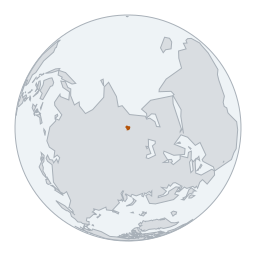 Zabul highlighted on a globe, orthographic projection, rotated 181°
{"feature_id": "AFG-1755", "entity_name": "Zabul", "entity_type": "Province", "adm_level": 1, "iso_a3": "AFG", "parent_name": "Afghanistan", "parent_adm1": "", "projection": "orthographic", "projection_center": [67.11, 32.305], "detail": "fine", "context": "on_globe", "style": "filled", "palette": "amber", "viewbox_px": 256, "rotation_deg": 181, "n_neighbors": 0, "source": "natural_earth", "source_scale": "10m", "svg_char_len": 11066}
<svg xmlns="http://www.w3.org/2000/svg" viewBox="0 0 256 256"><g transform="rotate(181 128 128)"><circle cx="128" cy="128" r="113" fill="#eef3f6" stroke="#a8b0b8"/><path d="M148.6,17.3L149.5,17.5L158.8,20.6L164.2,22.2L161.1,21.6L173.0,25.5L179.6,29.0L170.6,24.7L168.5,24.2L172.3,26.2L170.9,26.1L172.0,27.1L170.0,26.9L164.9,24.8L163.6,24.7L166.3,26.1L166.1,27.1L162.3,24.9L161.6,26.4L152.9,23.9L144.2,19.3L137.9,18.9L125.0,17.0L124.6,17.5L119.5,17.5L117.2,18.2L115.5,17.9L115.1,18.7L117.2,18.8L117.7,19.3L116.5,19.8L114.1,19.4L114.3,19.1L113.0,19.3L112.3,19.0L112.0,19.4L109.2,19.2L110.2,20.2L106.5,20.7L105.1,20.3L107.6,19.3L110.5,17.1L109.8,16.9L106.5,17.5L95.2,20.3L93.9,20.6L101.5,18.5L109.2,16.9L117.1,15.9L125.0,15.4L132.9,15.5L140.7,16.1L148.6,17.3ZM89.4,22.2L92.5,21.2L91.2,21.8L95.1,20.8L95.1,21.1L98.1,20.7L95.2,22.0L90.6,23.5L87.9,24.0L85.9,24.7L86.4,25.5L79.4,27.8L71.4,32.2L69.9,32.8L70.6,31.6L75.7,28.3L76.1,28.0L89.4,22.2ZM74.9,28.7L73.5,29.5L69.9,31.5L74.9,28.7ZM68.7,32.2L68.0,32.7L66.7,33.5L67.2,33.3L65.3,34.5L66.3,33.8L68.7,32.2ZM168.4,23.6L166.2,22.6L168.8,23.6L168.4,23.6ZM172.5,27.3L173.5,27.6L173.6,28.0L172.5,27.3ZM99.6,20.1L98.9,20.4L98.7,20.3L99.6,20.1ZM101.6,19.7L101.8,19.4L102.8,19.2L102.6,19.4L101.6,19.7ZM170.7,28.1L170.6,28.8L169.9,27.7L170.7,28.1ZM101.0,20.2L104.5,18.9L106.3,18.6L107.0,19.2L101.0,20.2ZM169.9,29.0L169.6,31.0L171.9,31.8L165.2,30.7L167.7,29.3L166.5,27.7L168.4,28.8L169.9,29.0ZM118.3,18.7L116.1,18.6L119.0,18.3L118.3,18.7ZM120.1,18.4L128.3,17.4L131.0,18.0L127.7,18.1L132.0,18.8L129.3,19.5L126.3,19.4L125.1,18.7L125.0,19.6L120.1,18.4ZM161.6,30.0L160.8,30.2L160.7,29.6L161.6,30.0ZM118.1,19.4L119.6,19.1L122.0,19.6L119.6,20.4L119.6,19.9L118.1,19.4ZM134.5,18.7L135.9,19.3L134.1,20.0L134.4,20.4L129.5,19.6L134.5,18.7ZM118.4,20.1L118.3,20.8L116.1,21.1L116.9,19.8L118.4,20.1ZM123.6,19.4L124.7,19.7L123.3,19.8L123.6,19.4ZM108.2,22.8L109.8,22.1L111.2,22.3L108.2,22.8ZM118.4,21.1L119.2,21.0L119.9,21.0L119.4,21.6L118.4,21.1ZM128.5,20.3L127.4,20.6L130.4,20.6L129.2,21.4L126.1,20.8L126.9,21.3L126.5,21.6L124.5,20.9L128.5,20.3ZM121.0,22.3L116.7,22.1L113.4,23.1L112.0,22.9L117.7,21.4L121.0,22.3ZM123.2,21.5L121.6,21.9L120.7,21.4L121.4,20.8L123.2,21.5ZM129.4,22.1L132.1,21.2L132.7,21.3L129.4,22.1ZM120.2,22.7L121.3,22.8L120.1,22.8L120.2,22.7ZM126.8,22.4L127.6,22.0L128.3,22.2L126.8,22.4ZM122.6,23.3L121.3,23.2L121.6,22.7L122.6,23.3ZM124.7,23.0L125.3,23.4L122.6,22.6L125.0,22.7L124.7,23.0ZM127.2,22.6L127.9,22.6L126.7,22.8L127.2,22.6ZM122.0,25.3L118.5,24.5L119.4,23.4L122.6,24.3L122.0,25.3ZM18.3,128.2L19.5,109.1L21.7,105.1L24.0,98.3L40.6,86.6L41.9,90.6L52.4,95.9L53.3,97.7L49.7,102.5L55.7,114.8L60.4,111.8L68.2,119.8L74.9,122.1L81.5,112.6L70.6,108.4L71.0,102.6L81.7,101.5L91.6,105.5L92.1,103.4L87.8,96.9L92.1,94.1L86.6,94.4L87.3,97.0L83.9,97.4L83.0,95.1L84.5,94.1L82.1,92.2L75.3,97.8L75.4,101.1L67.8,99.3L67.1,104.7L64.3,106.0L64.4,97.4L65.9,95.0L64.4,84.5L62.1,86.9L63.4,97.0L62.1,95.5L59.0,99.3L60.3,95.3L59.5,84.1L54.0,82.2L43.5,88.2L41.0,86.8L40.6,82.5L47.9,73.3L52.6,77.7L55.3,75.0L57.4,69.0L58.6,71.0L60.1,69.2L62.1,70.8L68.1,68.6L70.6,69.9L75.8,65.1L77.8,65.2L74.2,67.9L73.0,70.7L79.7,74.2L81.9,73.8L84.7,70.5L86.2,72.1L88.1,68.5L93.4,69.2L88.5,65.5L91.7,62.0L96.5,60.5L96.6,58.9L88.9,61.3L86.6,63.0L86.0,65.4L79.0,70.0L76.1,69.7L80.1,62.8L76.4,61.7L81.2,57.2L99.2,52.6L105.2,53.0L109.0,60.8L106.0,62.5L103.1,60.4L103.1,65.5L104.4,63.5L105.6,65.0L109.0,62.5L110.0,63.4L111.5,59.5L113.1,60.4L112.2,62.9L118.6,60.3L122.8,61.7L123.7,60.7L123.6,59.2L129.0,62.1L129.5,61.3L127.9,60.0L127.7,57.5L129.6,54.5L131.4,55.6L131.0,56.9L132.7,61.5L131.3,64.9L132.2,65.1L133.9,62.4L131.7,56.8L132.4,54.7L133.8,57.1L133.4,56.0L134.2,55.3L136.8,55.8L135.3,53.1L142.5,45.2L148.1,45.7L148.7,48.5L155.6,45.2L161.4,46.7L159.9,45.4L162.2,43.4L160.4,42.9L159.8,42.1L164.9,37.4L167.5,37.4L168.0,34.6L167.2,34.0L165.3,33.8L165.2,30.7L171.9,31.8L173.3,33.0L176.5,33.2L179.3,36.1L183.0,38.7L184.2,42.3L187.1,44.3L188.0,44.2L192.6,47.1L198.9,54.2L189.7,49.1L179.5,40.0L183.3,43.5L181.2,43.0L181.9,44.6L184.7,47.3L185.7,47.4L184.0,54.3L188.3,63.3L191.0,61.2L194.4,62.7L201.6,72.6L203.3,90.0L207.9,93.4L209.4,96.4L208.0,99.5L205.8,95.1L202.8,94.6L201.8,91.8L198.9,95.8L197.3,92.0L195.8,97.2L198.3,99.7L201.5,97.3L200.8,103.9L206.3,107.5L208.9,113.7L206.1,127.7L200.4,133.8L200.5,136.0L197.2,134.7L194.4,140.0L201.6,149.3L201.9,152.5L196.6,160.6L196.3,158.3L187.7,155.0L187.1,163.0L193.7,167.4L196.0,173.8L191.4,173.1L188.9,167.5L185.9,166.1L185.9,159.3L182.0,150.1L177.3,153.2L176.9,149.1L170.8,141.7L163.6,145.8L152.8,158.3L152.5,168.6L148.2,173.4L140.1,159.3L138.1,149.1L134.2,150.2L126.7,141.5L110.9,140.1L109.5,137.2L106.4,138.2L101.2,134.8L99.5,130.0L96.0,129.7L100.8,142.3L104.7,142.6L109.2,138.6L109.7,142.9L114.8,147.1L105.9,156.1L83.9,161.0L83.3,153.0L74.6,128.0L75.8,125.7L75.8,124.9L73.4,128.4L72.4,123.5L75.4,140.6L75.2,147.2L83.6,161.4L82.5,162.3L85.6,165.4L97.6,164.8L97.4,167.3L90.7,177.6L75.5,188.8L78.4,198.6L78.8,205.9L71.3,208.1L74.1,213.7L70.5,214.0L71.6,216.7L69.9,218.4L66.3,218.7L57.9,214.3L55.8,211.7L49.1,204.4L39.1,188.0L39.5,182.9L38.0,177.3L32.2,161.5L33.3,155.4L32.2,151.3L29.6,149.8L28.4,145.0L27.0,143.5L19.5,136.2L18.3,128.2ZM32.4,95.0L31.3,96.9L32.4,95.0ZM100.5,115.3L107.5,117.1L107.1,109.8L109.8,110.0L108.7,107.6L107.1,109.3L104.7,102.8L108.7,101.5L109.3,98.5L107.0,97.8L100.0,101.3L103.3,110.5L100.5,112.9L100.5,115.3ZM69.6,31.7L69.3,31.8L67.8,32.8L68.0,32.7L69.6,31.7ZM64.0,36.2L61.2,38.0L63.3,36.5L63.1,36.4L67.3,33.3L69.4,33.0L67.7,33.6L64.0,36.2ZM73.5,29.6L70.6,31.3L73.7,29.4L73.5,29.6ZM65.9,59.0L65.6,60.8L63.4,62.3L60.1,61.5L63.4,59.2L65.9,59.0ZM65.7,63.1L70.7,56.9L72.9,57.4L70.8,58.1L71.8,59.0L68.7,60.5L66.0,67.4L63.8,69.2L59.0,66.2L61.8,66.1L61.9,64.2L65.7,63.1ZM79.3,42.6L81.5,40.7L83.5,44.2L81.2,45.7L77.9,44.8L78.6,42.5L79.3,42.6ZM101.6,21.8L102.3,21.3L103.0,21.3L102.9,21.8L101.6,21.8ZM108.8,22.5L99.2,24.1L99.6,23.6L93.6,25.6L92.1,25.0L96.0,23.7L90.4,24.9L93.3,23.5L89.4,24.6L98.3,21.7L100.7,20.7L98.6,21.9L99.9,22.4L101.2,22.4L106.7,21.5L112.5,19.9L114.7,20.4L114.8,21.2L113.7,21.6L112.6,21.1L112.0,22.1L109.5,21.7L108.8,22.5ZM113.7,33.8L112.9,32.4L111.2,35.6L108.8,34.7L108.8,35.1L106.1,35.3L102.7,36.3L102.0,35.7L101.0,36.4L99.2,36.6L97.6,37.3L95.6,36.6L93.5,37.6L93.8,36.7L90.7,38.6L92.2,36.9L90.0,37.2L89.7,38.7L83.2,34.1L79.4,34.0L75.4,35.0L78.4,32.3L84.1,29.8L90.6,28.2L93.9,28.9L94.6,27.7L96.4,27.8L95.1,28.7L98.2,27.3L99.4,27.7L105.1,27.0L109.0,25.2L111.2,25.1L110.3,26.0L113.1,25.3L112.8,26.9L114.4,26.9L115.6,28.6L112.8,30.6L114.8,30.5L115.8,32.0L113.7,33.8ZM122.2,25.8L119.5,28.0L116.8,28.7L115.7,25.4L114.4,25.2L113.6,23.4L117.5,22.5L117.4,23.1L118.2,23.4L116.6,23.6L118.4,23.7L118.3,24.6L119.7,25.0L118.4,25.6L122.2,25.8ZM55.8,96.7L56.8,97.6L58.7,98.5L56.7,100.9L55.8,96.7ZM55.1,89.1L56.2,89.3L54.4,93.0L53.4,92.1L55.1,89.1ZM58.4,86.6L56.4,89.1L56.9,87.2L58.4,86.6ZM75.4,68.1L76.7,68.3L76.3,69.2L74.8,70.1L75.4,68.1ZM108.3,44.1L108.3,42.9L109.0,42.8L111.1,40.3L113.1,40.9L112.6,42.6L108.3,44.1ZM78.8,113.7L76.0,115.0L75.3,113.7L76.4,113.5L78.8,113.7ZM65.1,107.9L67.5,110.6L64.6,108.6L65.1,107.9ZM110.8,44.4L111.4,43.3L112.0,44.3L110.8,44.4ZM114.6,41.2L115.6,42.2L113.5,40.7L114.6,41.2ZM130.4,239.2L132.0,239.5L130.1,239.5L130.4,239.2ZM96.9,208.7L93.0,219.4L88.0,218.4L85.8,214.8L86.3,207.9L91.8,206.9L94.1,203.9L96.9,208.7ZM215.4,180.5L217.4,179.6L217.2,180.1L215.4,180.5ZM213.3,180.3L215.8,179.0L212.8,181.5L213.3,180.3ZM216.7,178.5L219.2,176.2L220.2,174.9L219.9,175.9L216.7,178.5ZM211.6,181.2L201.5,185.8L197.2,186.3L198.4,184.4L205.3,182.0L211.6,181.2ZM198.1,184.4L191.4,182.3L181.0,171.7L184.7,171.0L195.4,176.1L194.7,177.7L198.8,179.8L198.1,184.4ZM213.6,169.6L212.9,174.0L207.4,176.3L204.9,176.8L203.1,172.2L204.1,169.0L206.3,168.2L213.7,154.9L216.5,155.9L214.4,161.1L216.6,163.7L213.6,169.6ZM153.0,169.5L156.1,175.2L153.7,176.4L153.0,169.5ZM215.9,146.5L213.4,152.4L215.5,145.2L215.9,146.5ZM216.7,140.2L217.2,142.3L215.7,140.9L216.7,140.2ZM201.1,139.1L198.8,140.5L198.4,138.9L201.1,136.2L201.1,139.1ZM210.8,119.0L212.1,123.7L212.1,125.5L210.5,123.2L210.8,119.0ZM128.5,49.9L123.4,52.4L121.1,55.1L121.8,57.7L118.6,55.3L122.2,51.2L128.5,49.9ZM140.6,45.5L139.9,43.6L141.7,43.9L142.0,44.4L140.6,45.5ZM139.2,44.7L135.7,43.4L136.3,41.9L138.9,43.3L139.2,44.7ZM123.1,43.4L121.5,44.1L121.0,43.2L123.1,43.4ZM215.2,199.3L214.5,200.1L199.6,213.8L197.1,214.9L199.6,212.4L201.0,207.3L202.0,206.9L203.7,202.6L213.5,193.6L221.2,181.8L224.5,179.4L228.4,171.1L231.2,168.3L229.2,174.1L230.7,173.6L235.1,160.5L233.3,167.9L229.8,176.3L225.5,184.3L220.7,192.0L215.2,199.3ZM220.3,177.7L223.3,172.8L224.7,171.5L220.3,177.7ZM238.0,152.4L237.5,154.2L237.1,153.4L235.6,158.3L233.0,161.8L234.0,159.0L233.9,156.6L230.5,159.4L229.9,158.2L231.3,155.6L228.7,156.5L231.6,152.9L232.5,155.8L234.0,151.1L236.1,149.0L237.7,147.4L238.5,147.9L238.1,149.7L238.1,152.0L238.0,152.4ZM231.1,161.6L231.5,161.1L231.0,162.7L231.1,161.6ZM238.8,146.7L239.8,140.7L239.9,140.2L239.2,145.6L238.8,146.7ZM239.8,139.3L240.1,138.5L240.0,139.6L239.9,140.4L239.8,139.3ZM225.3,163.4L225.1,164.5L224.3,164.3L225.3,163.4ZM226.4,161.8L228.8,161.0L226.1,163.0L226.4,161.8ZM218.0,163.8L218.9,165.9L221.6,162.5L219.5,166.2L221.1,169.3L220.4,171.3L218.9,167.8L217.9,173.0L216.7,173.6L216.2,170.0L217.6,164.2L218.8,161.4L223.6,157.4L218.0,163.8ZM226.5,158.7L225.8,156.1L226.3,153.7L227.0,154.8L226.5,158.7ZM223.4,150.2L221.1,147.9L219.3,150.5L222.5,143.0L224.2,146.5L223.4,150.2ZM220.8,143.4L219.2,145.7L220.6,141.6L220.8,143.4ZM218.6,144.8L218.0,142.4L219.5,141.9L218.6,144.8ZM221.7,142.9L221.4,138.4L222.4,140.5L221.7,142.9ZM216.4,137.0L220.2,139.4L215.9,139.9L214.0,131.7L215.7,130.5L216.4,137.0ZM214.5,97.2L213.1,95.1L214.1,93.6L214.8,95.5L214.5,97.2ZM216.2,87.5L214.0,92.5L212.0,96.9L213.4,97.3L214.4,101.9L211.4,99.1L211.5,93.1L213.3,90.6L212.0,87.0L212.3,83.5L209.7,79.6L209.4,77.3L212.2,80.1L216.2,87.5ZM208.5,78.1L204.1,71.0L206.8,70.2L208.4,71.5L209.3,75.1L207.8,75.3L208.5,78.1ZM203.9,69.2L202.4,69.4L192.9,61.2L191.5,59.4L200.2,64.7L199.3,65.3L201.1,67.6L203.9,69.2ZM161.9,30.7L160.9,30.3L162.1,30.4L161.9,30.7ZM158.8,41.9L158.2,40.9L159.6,40.9L158.8,41.9ZM157.5,38.3L156.3,38.9L156.8,37.7L157.5,38.3ZM153.8,40.5L155.5,38.9L154.9,41.2L153.8,40.5Z" fill="#d9dde1" stroke="#a8b0b8" stroke-width="1"/><path d="M129.7,129.1L129.5,129.3L129.4,129.3L129.2,129.3L129.1,129.5L129.0,129.4L128.9,129.4L128.8,129.5L128.7,129.5L128.5,129.4L128.4,129.3L128.3,129.2L128.2,129.2L127.9,129.2L127.7,129.1L127.4,129.0L127.4,128.9L127.1,129.0L126.9,129.1L126.7,129.1L126.5,128.9L126.7,128.7L126.7,128.4L126.7,128.2L126.8,128.1L126.9,127.9L127.0,127.9L127.0,127.7L126.9,127.5L126.7,127.6L126.7,127.4L126.8,127.3L126.9,127.2L127.0,127.2L127.2,127.3L127.3,127.3L127.3,127.2L127.5,127.0L127.8,127.0L127.8,126.9L127.9,126.7L128.0,126.7L127.9,126.6L128.0,126.5L128.3,126.7L128.5,126.6L128.5,126.8L128.4,126.8L128.5,126.9L128.5,127.0L128.8,127.4L128.9,127.5L129.0,127.8L129.0,128.0L128.9,128.0L129.0,128.1L129.0,128.3L129.3,128.4L129.4,128.5L129.5,128.4L129.6,128.5L129.5,128.8L129.5,129.0L129.7,129.1Z" fill="#f59e0b" stroke="#b45309" stroke-width="1.5"/></g></svg>